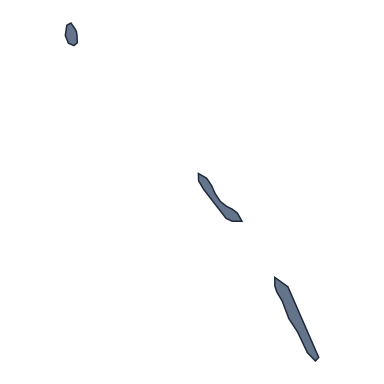 the border of Black Point
{"feature_id": "BHS-5023", "entity_name": "Black Point", "entity_type": "District", "adm_level": 1, "iso_a3": "BHS", "parent_name": "The Bahamas", "parent_adm1": "", "projection": "mercator", "projection_center": [-76.539, 24.263], "detail": "fine", "context": "isolated", "style": "filled", "palette": "slate", "viewbox_px": 384, "rotation_deg": 0, "n_neighbors": 0, "source": "natural_earth", "source_scale": "10m", "svg_char_len": 534}
<svg xmlns="http://www.w3.org/2000/svg" viewBox="0 0 384 384"><path d="M315.4,361.0L307.4,352.7L297.6,332.0L288.9,318.7L282.3,301.3L276.8,291.9L274.8,285.9L274.8,277.4L287.9,286.8L318.7,357.4L315.4,361.0ZM242.0,221.3L232.0,221.2L226.0,218.3L203.6,189.3L198.6,180.8L198.4,173.5L206.6,178.2L211.5,185.5L215.2,193.7L220.3,201.4L226.6,206.4L232.3,209.2L237.4,213.1L242.0,221.3ZM76.4,31.4L77.0,35.5L77.3,42.8L73.9,45.6L68.4,43.2L65.3,35.6L66.8,25.3L70.9,23.0L74.7,28.4L76.4,31.4Z" fill="#64748b" stroke="#1e293b" stroke-width="1.5"/></svg>